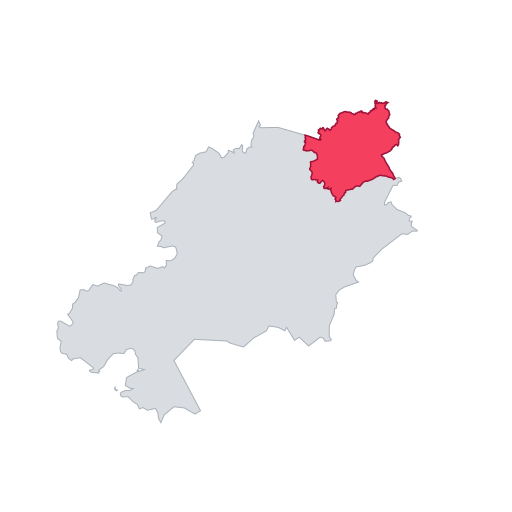 Kazakhstan, with East Kazakhstan highlighted, rotated 312°
{"feature_id": "KAZ-3206", "entity_name": "East Kazakhstan", "entity_type": "Region", "adm_level": 1, "iso_a3": "KAZ", "parent_name": "Kazakhstan", "parent_adm1": "", "projection": "albers", "projection_center": [82.81, 48.617], "detail": "fine", "context": "in_parent", "style": "filled", "palette": "rose", "viewbox_px": 512, "rotation_deg": 312, "n_neighbors": 0, "source": "natural_earth", "source_scale": "10m", "svg_char_len": 9636}
<svg xmlns="http://www.w3.org/2000/svg" viewBox="0 0 512 512"><g transform="rotate(312 256 256)"><path d="M275.9,348.1L273.1,348.9L271.2,350.7L269.4,349.7L265.1,353.0L253.2,357.2L245.1,364.3L244.2,368.1L242.4,367.8L238.7,364.1L240.1,360.9L238.5,358.0L224.3,355.3L224.6,342.5L219.1,341.1L223.4,326.5L219.7,327.5L217.8,320.2L212.7,312.5L207.1,313.8L193.8,309.2L180.0,307.6L173.9,295.0L173.3,291.2L152.9,266.0L123.4,264.9L103.9,318.3L97.7,316.4L95.1,304.4L89.2,296.0L76.7,294.1L68.5,296.8L70.1,292.1L73.7,288.1L75.5,283.3L68.8,278.6L67.6,273.3L64.3,271.6L66.3,267.3L65.5,262.4L65.9,255.1L61.7,250.9L61.8,248.6L63.0,247.1L64.4,247.0L69.0,249.0L71.4,252.2L75.3,253.4L73.5,251.2L72.3,245.5L79.1,241.1L89.5,244.8L96.9,249.1L94.0,243.8L101.3,236.5L102.3,232.1L104.4,229.7L104.6,226.6L103.6,224.6L99.6,222.3L95.3,223.2L91.4,218.2L87.7,215.2L78.9,215.2L71.9,216.8L66.2,215.5L65.6,217.1L65.0,216.4L63.9,216.7L63.8,217.5L59.4,211.5L59.0,209.8L59.6,208.7L62.9,210.8L64.1,210.2L62.9,193.5L57.1,189.0L54.9,189.0L54.5,185.2L56.2,181.1L53.8,176.7L54.5,174.2L56.9,171.5L62.4,168.2L61.8,164.1L63.0,162.4L66.9,158.3L70.3,157.4L72.8,153.9L75.3,152.9L76.9,154.2L79.0,164.2L79.7,165.0L83.3,165.0L84.6,164.2L86.7,154.9L88.2,155.8L94.5,154.5L97.6,151.9L100.7,152.6L106.3,151.9L113.1,148.0L115.9,150.6L116.4,153.8L118.8,154.7L125.6,153.8L127.4,158.3L134.2,161.1L138.9,170.4L140.0,175.2L139.4,178.2L139.9,179.2L141.4,177.7L142.1,173.2L143.3,172.6L148.0,180.1L150.6,182.5L154.6,181.8L156.2,180.2L160.3,178.8L161.3,179.8L165.3,179.8L168.4,183.8L170.5,183.9L173.1,182.1L177.8,184.1L180.9,191.1L185.8,193.9L185.9,196.0L189.1,195.6L192.6,192.3L195.3,195.9L200.2,197.1L205.1,195.9L208.6,190.9L208.7,189.4L207.4,187.1L200.0,181.6L199.8,179.5L197.3,176.2L201.8,174.4L204.1,174.7L207.9,172.8L207.4,167.2L211.1,163.5L219.4,166.3L220.6,165.7L220.4,164.0L217.7,161.3L213.9,159.2L213.7,158.4L214.8,156.9L217.9,156.6L217.6,155.6L215.4,155.4L213.4,153.7L217.3,148.4L223.1,151.3L247.2,150.6L251.4,151.4L252.6,152.6L254.5,150.3L257.0,149.1L263.8,150.0L281.8,148.8L282.8,147.8L282.7,146.1L285.7,146.0L290.1,143.9L294.6,145.2L300.1,149.2L305.4,147.8L306.4,150.8L307.6,159.2L306.8,162.8L305.7,164.2L305.9,165.0L308.0,166.2L314.1,166.3L316.0,164.7L317.4,168.1L317.6,170.9L318.9,170.3L318.9,168.8L319.6,168.2L322.1,168.9L324.7,171.6L329.3,170.8L328.8,172.5L324.9,175.5L324.5,177.2L325.4,179.6L329.8,177.5L333.0,178.5L334.1,180.0L335.3,177.7L339.1,175.3L342.8,174.6L344.3,173.6L345.0,171.8L358.2,167.5L356.2,171.9L354.1,171.7L354.5,173.7L366.3,186.3L380.1,214.6L384.7,225.9L389.0,223.4L389.4,219.7L392.2,218.1L396.0,219.8L395.4,223.2L398.5,223.5L399.2,226.9L409.3,227.2L411.9,224.6L417.7,223.0L423.5,226.4L427.4,234.6L434.1,237.2L434.3,239.8L436.7,244.1L446.3,245.5L451.1,241.0L451.7,242.2L450.8,244.3L452.7,245.4L454.8,248.4L457.2,249.4L458.2,251.3L453.0,252.2L452.3,253.9L452.4,257.7L450.8,260.4L442.7,263.0L440.6,270.4L442.4,280.6L440.6,283.6L438.0,284.1L433.4,287.4L432.0,285.3L425.1,285.4L414.7,282.2L407.0,306.9L407.1,308.0L410.2,309.5L410.3,311.6L409.2,314.2L406.4,312.7L402.9,313.6L400.2,310.6L382.1,315.5L380.0,317.3L381.3,318.7L384.2,318.6L386.6,320.2L385.2,322.6L384.9,329.7L388.0,338.0L388.1,342.0L389.4,344.3L389.0,345.2L387.4,344.8L384.8,346.0L384.7,347.1L386.4,348.7L382.5,350.7L382.0,352.4L382.9,358.4L382.3,359.1L379.1,355.5L373.5,354.2L370.2,349.6L346.0,345.0L333.0,344.4L330.4,346.1L327.4,345.5L321.4,342.7L315.0,337.9L311.9,338.3L307.2,340.7L304.9,346.8L305.3,349.7L292.2,342.5L286.5,340.7L280.6,341.2L275.5,346.6L275.9,348.1ZM63.6,242.8L62.5,242.7L62.2,240.7L63.2,239.3L64.3,239.2L62.7,240.8L63.6,242.8ZM92.1,245.8L91.4,245.2L91.2,244.3L92.6,244.2L92.1,245.8Z" fill="#d9dde1" stroke="#a8b0b8" stroke-width="1"/><path d="M458.2,251.3L456.1,250.8L454.7,251.4L453.8,251.2L453.5,251.3L453.3,251.5L453.1,252.0L452.9,252.3L452.4,252.9L452.1,253.5L452.2,254.4L452.5,254.9L452.8,255.2L453.0,255.5L452.5,256.3L452.7,257.4L452.6,257.6L451.9,258.7L451.3,259.4L450.9,260.4L450.8,260.6L449.6,261.1L448.6,261.1L448.3,261.2L447.7,262.0L447.2,262.3L445.3,262.2L443.0,262.6L442.6,262.9L442.4,263.4L441.1,266.8L440.9,268.6L440.8,269.1L440.5,269.9L440.5,270.3L441.5,274.9L441.5,275.4L441.4,276.4L441.5,276.9L441.6,277.4L442.4,278.5L442.5,278.9L442.4,279.5L442.6,280.0L442.4,281.3L442.3,281.5L441.8,281.5L441.3,281.8L441.3,282.0L441.2,282.6L441.0,283.0L440.8,283.8L440.1,283.8L438.7,284.0L438.1,284.0L437.9,284.0L437.6,284.3L437.3,284.8L437.1,285.0L436.4,285.6L436.1,286.0L435.3,286.3L435.2,286.5L434.9,286.9L434.7,287.1L433.9,287.3L433.2,287.6L432.9,287.7L432.7,287.6L432.6,287.4L433.0,286.6L433.0,286.1L432.7,285.6L432.4,285.3L432.0,285.1L431.5,285.1L430.5,285.3L430.0,285.3L429.4,285.0L427.8,284.9L426.6,285.1L426.0,285.5L425.7,285.5L425.0,285.4L424.0,285.4L419.9,284.0L418.1,282.8L417.7,282.6L416.7,282.4L416.0,281.8L415.7,281.7L415.1,281.7L414.6,281.9L414.5,282.1L414.5,282.7L414.4,283.4L414.4,283.8L414.2,284.9L414.3,285.5L414.2,286.0L412.7,289.2L411.7,292.9L411.3,293.9L411.1,295.0L410.9,295.5L410.2,296.6L409.8,297.6L409.5,298.6L409.2,300.7L408.9,302.1L408.8,302.6L408.4,303.3L407.6,304.7L407.2,306.3L406.9,307.1L406.8,307.5L406.5,307.6L404.9,307.0L405.1,305.4L404.5,303.6L403.4,302.1L402.7,299.6L399.9,295.7L399.5,294.4L397.4,293.5L397.4,293.1L397.0,292.8L395.8,292.8L395.5,292.4L394.8,292.0L393.6,292.0L390.7,291.1L386.2,288.8L385.4,288.2L385.4,287.5L382.8,286.4L377.2,286.5L375.3,283.7L372.6,283.1L371.6,283.2L370.0,282.9L369.4,281.8L368.4,281.6L367.6,280.8L364.7,278.9L362.9,280.2L362.2,279.5L361.2,279.9L360.1,280.6L358.1,280.1L357.2,280.5L354.4,280.5L353.8,281.6L351.7,280.8L350.5,279.2L349.9,278.9L350.4,278.6L350.9,278.0L351.2,277.2L351.2,276.6L353.1,276.2L352.8,274.3L352.7,273.5L352.4,273.1L353.6,269.6L354.4,268.5L354.9,267.2L356.4,266.5L355.2,265.9L354.0,265.1L353.9,263.9L355.0,263.6L354.0,263.1L353.0,262.9L352.8,262.3L352.0,261.8L351.8,261.3L352.3,260.9L352.5,260.3L352.9,259.7L354.0,259.8L355.4,259.0L356.4,258.0L356.5,257.3L356.8,256.5L356.7,254.9L355.1,254.7L352.8,254.8L352.0,253.8L352.1,251.9L353.1,251.6L353.8,251.0L352.5,249.6L352.5,249.0L351.6,247.9L350.5,247.1L350.0,246.0L351.5,244.0L353.6,243.3L355.7,241.9L356.1,240.3L356.2,239.5L356.2,238.3L356.3,238.0L356.8,237.5L357.7,237.3L358.9,236.8L361.3,234.8L362.0,233.7L362.8,233.6L364.0,234.8L366.1,235.8L369.1,236.8L371.2,234.9L372.2,233.4L372.9,232.0L372.4,230.5L371.9,230.2L372.1,228.6L371.9,226.5L369.4,224.7L368.5,223.5L368.2,223.5L368.0,223.4L367.7,222.6L367.7,222.3L367.4,222.2L367.4,221.6L367.2,221.4L366.7,221.1L366.8,220.8L366.6,220.4L366.5,220.1L366.8,219.8L367.4,219.4L367.7,219.4L368.8,218.8L369.1,218.3L369.5,218.2L369.8,218.6L370.4,218.5L373.0,217.3L373.5,216.9L373.7,216.2L373.2,216.0L373.7,215.1L375.0,215.0L375.3,215.3L375.9,214.9L376.4,214.5L376.6,213.7L376.6,213.4L378.0,212.8L378.4,211.6L378.6,211.5L380.1,214.6L384.1,224.3L384.5,225.4L385.0,226.1L385.3,226.3L385.6,226.3L385.1,225.4L385.0,224.9L385.3,224.8L385.5,224.8L385.8,225.2L386.0,225.4L386.3,225.2L386.5,224.7L386.6,224.4L387.2,224.2L387.5,223.8L388.0,223.9L388.4,223.8L388.8,223.6L389.2,223.2L389.4,222.7L389.5,221.9L389.4,221.5L389.0,221.0L389.0,220.5L389.0,220.0L389.1,219.7L389.3,219.5L389.4,219.4L390.5,219.5L390.9,219.4L391.0,219.0L391.0,218.8L391.2,218.3L391.5,218.0L393.0,218.6L393.6,218.3L393.9,218.3L393.9,218.5L394.0,219.1L394.0,219.4L394.1,219.5L395.0,220.0L395.4,220.1L395.9,219.7L396.0,219.7L396.2,219.9L396.3,220.1L396.2,220.7L395.5,222.3L395.2,223.4L395.2,223.6L395.7,223.7L396.2,223.7L397.4,223.4L398.6,223.5L398.6,224.0L398.7,224.5L399.2,225.4L398.8,226.1L398.7,226.5L398.8,226.9L399.1,227.0L401.2,227.0L401.4,226.8L401.7,226.4L401.9,226.2L402.1,226.2L402.5,226.5L403.4,226.4L403.9,226.5L404.3,226.6L405.3,227.4L405.9,227.6L406.4,227.4L406.9,226.9L407.2,227.0L407.6,226.8L408.0,226.9L408.4,226.8L408.6,227.0L409.1,227.4L410.4,226.5L411.0,226.2L411.3,225.9L411.3,224.8L411.6,224.5L411.9,224.4L412.7,224.6L414.0,224.8L414.4,224.6L414.8,224.2L415.1,223.7L415.3,223.1L415.6,223.0L416.0,223.1L417.4,222.9L418.5,223.0L418.7,223.5L419.1,223.8L420.2,224.0L420.4,224.1L421.2,224.7L421.9,224.8L422.3,224.9L422.5,225.1L422.9,225.8L423.3,226.0L423.6,226.3L423.6,227.2L423.8,227.7L425.1,228.6L425.4,229.0L425.6,229.8L426.0,230.2L426.1,230.4L426.1,230.7L425.9,231.5L426.0,232.0L426.5,233.0L426.6,234.0L426.7,234.3L427.2,234.6L427.5,235.0L427.9,235.0L428.6,234.5L428.9,234.8L429.2,235.1L429.5,235.3L429.9,235.4L430.6,235.4L431.1,235.9L431.4,236.1L431.9,236.1L432.1,236.2L432.4,236.9L432.6,237.0L433.1,236.7L433.3,236.7L433.9,237.0L434.1,237.1L434.5,237.8L434.5,238.1L433.8,238.3L433.8,239.2L433.8,239.6L434.0,239.8L434.6,239.9L434.8,240.1L435.0,240.5L435.1,241.2L435.3,241.5L436.0,242.2L436.2,242.7L436.3,243.9L436.6,244.4L437.1,244.6L437.4,244.4L437.8,244.1L438.2,244.0L438.5,244.1L438.9,244.4L439.2,244.5L439.7,244.4L440.4,243.9L440.6,243.9L440.7,244.1L440.9,244.5L441.0,244.7L441.2,244.8L441.7,244.5L441.9,244.5L442.1,244.6L442.4,245.0L442.6,245.1L443.3,244.6L443.9,244.7L443.8,245.7L444.0,245.9L444.3,245.8L444.8,245.3L445.2,245.1L445.6,245.2L445.9,245.6L446.3,246.1L446.7,245.5L447.2,244.2L447.8,243.7L448.4,243.5L449.0,242.8L449.2,242.7L449.1,242.1L449.6,241.8L449.8,241.6L450.0,241.5L450.2,241.3L450.3,240.9L450.4,240.7L450.8,240.7L451.2,240.9L451.8,240.8L451.9,241.1L451.8,241.6L451.8,241.8L452.2,242.2L451.8,242.6L451.1,242.7L450.9,242.9L450.4,243.7L450.4,243.9L450.5,244.2L450.7,244.4L450.9,244.5L451.6,244.4L451.8,244.4L452.8,245.0L452.7,245.6L452.7,246.0L452.9,246.2L454.0,246.8L454.0,247.0L453.8,247.1L453.7,247.4L453.8,247.6L454.9,248.5L455.0,248.8L455.2,249.1L455.6,249.1L456.4,249.0L456.7,249.0L457.6,249.5L457.8,249.8L458.0,250.9L458.2,251.3Z" fill="#f43f5e" stroke="#9f1239" stroke-width="1.5"/></g></svg>